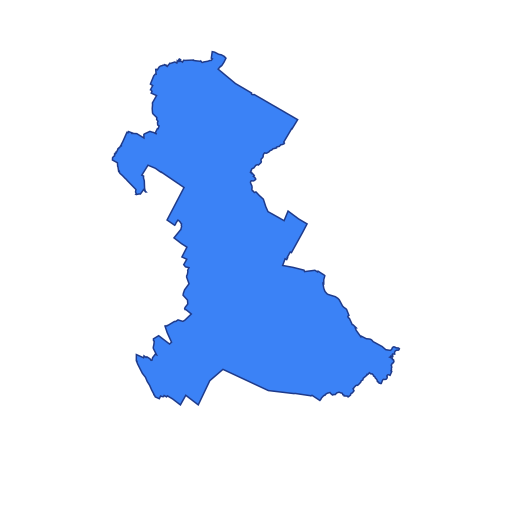 outline of Ojocaliente, Zacatecas, Mexico, rotated 204°
{"feature_id": "50627088B28606708050164", "entity_name": "Ojocaliente", "entity_type": "district", "adm_level": 2, "iso_a3": "MEX", "parent_name": "Mexico", "parent_adm1": "Zacatecas", "projection": "orthographic", "projection_center": [-102.224, 22.565], "detail": "fine", "context": "isolated", "style": "filled", "palette": "blue", "viewbox_px": 512, "rotation_deg": 204, "n_neighbors": 0, "source": "geoboundaries", "source_scale": "gbopen_adm2", "svg_char_len": 6080}
<svg xmlns="http://www.w3.org/2000/svg" viewBox="0 0 512 512"><g transform="rotate(204 256 256)"><path d="M89.4,222.8L90.3,224.4L90.2,225.7L89.4,227.0L87.5,228.0L87.3,228.5L87.3,229.6L88.4,229.9L90.7,229.1L92.1,229.3L93.2,229.1L94.1,228.0L94.1,225.8L94.9,224.4L99.3,223.2L104.0,224.6L114.2,225.4L115.8,226.2L117.3,226.5L118.6,226.3L121.6,225.3L127.3,225.6L127.3,224.8L134.2,228.8L136.0,230.6L135.2,231.1L139.3,232.6L140.2,232.5L145.3,237.0L146.3,237.1L147.2,237.7L147.6,238.3L146.9,239.5L151.5,244.0L152.5,244.4L154.8,244.8L156.6,245.5L162.1,249.8L164.0,250.6L167.0,251.1L174.5,250.2L175.9,250.4L178.6,251.7L180.9,254.0L183.7,258.2L183.8,258.6L182.9,258.4L184.5,262.0L185.1,266.0L185.9,266.3L193.2,267.4L193.3,266.5L196.4,266.9L205.3,261.5L206.4,262.6L217.4,260.7L227.8,258.2L228.3,265.3L226.5,265.2L226.4,267.3L226.9,267.4L226.4,273.3L226.3,273.6L225.0,273.5L223.0,296.8L222.4,306.1L232.2,307.2L245.0,310.1L244.7,299.7L263.1,301.4L267.1,305.0L272.4,310.9L277.8,312.7L282.0,314.5L282.3,314.4L282.9,313.6L283.4,313.3L285.0,314.2L285.7,314.0L286.1,314.4L287.1,315.4L287.2,316.5L288.2,318.3L290.5,320.3L291.1,321.2L291.1,322.3L290.9,322.8L289.1,323.4L288.3,324.2L287.5,325.7L287.5,326.2L289.1,327.3L290.8,327.7L290.4,328.9L293.0,330.0L293.2,329.7L294.2,330.7L294.4,330.7L294.6,330.0L295.1,330.1L295.3,331.8L295.1,332.6L295.3,333.4L295.0,334.3L293.8,335.6L293.1,338.7L291.9,340.0L290.8,340.1L289.4,343.4L289.5,344.4L290.2,345.1L290.7,346.6L289.9,348.7L289.9,349.7L290.4,350.9L290.5,352.0L290.2,353.6L288.6,354.0L288.0,354.4L286.4,356.6L286.1,357.8L284.7,359.3L284.0,361.1L283.3,361.3L282.6,362.1L282.2,362.2L282.0,362.5L281.4,362.9L281.2,363.1L281.5,363.8L280.8,364.6L279.3,365.6L278.6,367.8L277.8,368.1L276.1,369.8L276.2,370.3L276.0,370.7L277.0,371.4L275.2,386.9L274.8,386.8L273.4,397.5L323.3,402.8L324.0,402.3L325.5,401.9L326.3,402.5L326.4,403.1L345.0,405.2L366.6,411.3L365.7,414.7L365.4,414.6L364.7,416.1L364.1,419.9L363.9,424.5L365.9,425.1L365.9,425.4L369.4,425.7L372.2,425.1L376.6,425.4L379.1,424.9L377.3,418.5L376.0,418.4L376.4,416.5L377.6,415.9L379.1,414.4L382.7,412.0L383.3,411.2L384.1,410.9L385.8,411.7L385.9,411.3L390.5,409.8L392.9,409.2L393.0,409.5L400.4,405.8L401.7,405.4L402.0,403.2L403.5,403.5L405.1,402.6L404.8,404.7L406.2,404.8L406.9,401.2L407.1,401.4L406.8,400.1L409.1,400.2L412.5,397.1L413.1,397.1L414.2,393.0L415.7,393.3L415.6,393.8L417.4,393.6L417.3,393.2L418.8,392.3L418.9,392.0L420.6,390.6L421.4,389.1L421.8,386.0L422.7,386.1L423.5,385.7L421.3,381.6L421.7,381.6L422.0,381.2L422.7,379.0L422.4,370.1L419.7,369.7L420.0,364.9L419.3,364.9L418.0,364.1L418.0,362.2L412.1,362.1L412.9,353.7L412.0,352.0L410.8,348.5L408.7,344.6L407.8,343.9L402.9,342.1L402.3,340.3L400.3,339.2L400.3,337.9L399.1,335.7L397.4,335.4L397.2,332.4L397.9,332.2L398.1,327.4L396.2,327.0L399.9,327.2L401.2,326.9L403.6,326.7L407.2,322.6L407.9,321.5L406.4,318.2L414.7,319.3L419.0,317.6L418.9,318.1L423.2,317.8L423.1,316.5L424.2,316.5L424.2,306.1L424.4,303.3L423.9,302.1L424.4,302.2L424.8,299.4L425.1,299.3L425.5,298.5L425.5,297.8L425.8,297.6L425.6,296.7L425.7,294.3L426.2,294.0L425.8,293.0L426.4,292.7L426.2,291.9L426.7,291.7L425.9,289.9L426.6,289.0L427.0,287.4L426.2,285.3L420.5,284.8L418.9,281.7L418.3,281.2L416.0,277.6L415.5,278.0L415.2,277.7L415.0,276.9L413.7,276.1L410.8,275.2L406.7,273.5L406.0,273.4L404.2,272.5L392.7,267.9L392.1,265.5L390.5,264.1L390.9,263.5L390.4,263.4L388.1,265.1L386.8,265.6L385.7,271.0L382.9,269.6L382.5,269.8L383.3,270.1L384.0,270.7L385.4,272.7L388.6,279.2L390.5,281.5L391.2,283.3L393.2,283.4L391.6,295.0L384.1,295.2L383.0,295.1L378.8,294.2L376.8,293.9L376.8,294.2L349.6,289.3L351.9,252.7L342.8,251.0L342.5,251.7L342.5,253.8L342.0,257.0L341.3,257.0L339.5,256.4L337.6,255.2L337.1,255.1L336.8,253.8L336.0,252.8L335.4,249.4L335.6,249.2L338.3,239.2L329.2,237.0L322.7,236.0L323.3,225.0L317.9,224.9L318.5,218.7L316.0,217.4L312.5,218.1L312.6,215.1L311.9,214.0L311.2,211.2L311.3,209.7L310.8,208.5L305.9,203.4L307.5,196.1L307.2,192.4L306.7,190.5L300.7,187.9L298.8,184.4L299.9,180.1L299.7,179.2L299.8,179.0L299.4,178.5L299.0,178.2L298.1,178.5L291.5,176.7L294.9,168.4L296.1,166.7L296.4,166.5L301.3,165.9L302.6,163.7L303.9,163.0L308.6,156.3L308.9,156.4L309.8,155.0L311.1,155.5L306.0,149.9L298.1,142.9L299.2,140.4L312.5,143.6L316.0,138.6L315.2,137.0L314.3,136.8L313.3,133.6L312.7,130.7L312.1,129.7L306.7,125.3L308.1,125.3L309.1,121.1L308.7,118.4L309.5,118.0L311.1,119.0L314.7,119.5L315.1,118.6L317.7,119.2L317.5,118.5L317.2,118.5L317.3,117.3L325.2,117.3L322.8,111.8L322.0,111.5L322.1,111.1L321.8,111.0L321.8,110.8L320.2,109.2L312.1,102.6L307.6,100.2L304.3,97.1L300.6,94.6L297.0,91.3L293.3,88.4L292.9,87.7L292.1,87.5L290.7,86.3L286.3,86.3L286.2,89.3L284.4,89.4L283.2,89.9L283.2,91.2L280.4,90.9L280.1,92.2L274.1,91.5L264.5,89.2L263.5,100.2L248.2,96.5L247.5,123.3L240.1,139.0L190.0,138.1L165.5,145.7L164.2,146.4L149.5,150.5L149.0,150.5L148.7,151.1L148.3,151.1L148.0,151.5L138.9,150.0L138.5,151.3L138.4,153.0L137.3,156.1L136.3,156.8L136.4,157.5L135.1,159.6L132.9,161.4L131.9,160.8L129.6,160.1L129.1,160.5L129.1,160.9L127.3,161.6L126.5,163.8L124.7,165.4L123.2,165.4L121.5,165.7L120.4,164.9L120.3,164.6L119.2,164.7L118.6,164.0L115.7,165.1L115.0,165.1L114.7,164.7L114.4,164.8L113.1,167.4L113.3,168.5L113.2,169.2L112.4,170.0L111.7,172.3L111.8,173.0L112.6,173.4L113.3,174.4L113.0,174.6L113.0,175.6L112.1,178.2L111.2,179.1L110.7,179.1L110.1,180.1L109.0,183.3L109.1,184.8L108.0,186.3L108.3,187.9L106.2,192.3L106.1,192.7L106.4,193.0L105.6,193.5L105.2,194.4L105.0,195.5L102.9,195.0L102.2,195.6L101.6,195.5L100.2,194.8L99.8,194.2L98.5,194.1L97.4,193.1L95.8,192.5L94.5,191.5L94.1,190.7L93.2,190.5L92.8,190.7L91.8,189.9L90.4,190.4L90.0,190.2L89.7,190.5L89.9,193.7L89.6,194.9L89.2,195.3L88.0,195.6L86.9,196.5L86.6,198.0L87.0,199.1L87.6,199.4L87.7,200.3L87.0,201.4L85.0,201.5L85.0,205.7L86.0,206.0L85.8,207.0L86.2,207.5L86.8,209.0L86.7,209.7L88.1,211.3L87.8,211.8L88.0,212.8L87.7,213.7L87.3,213.9L87.0,215.5L88.0,217.0L88.6,217.1L89.2,216.9L89.8,217.9L92.5,218.0L92.3,218.2L92.1,219.5L90.2,219.5L90.2,220.2L91.4,221.2L91.4,222.0L89.4,222.8Z" fill="#3b82f6" stroke="#1e3a8a" stroke-width="1.5"/></g></svg>